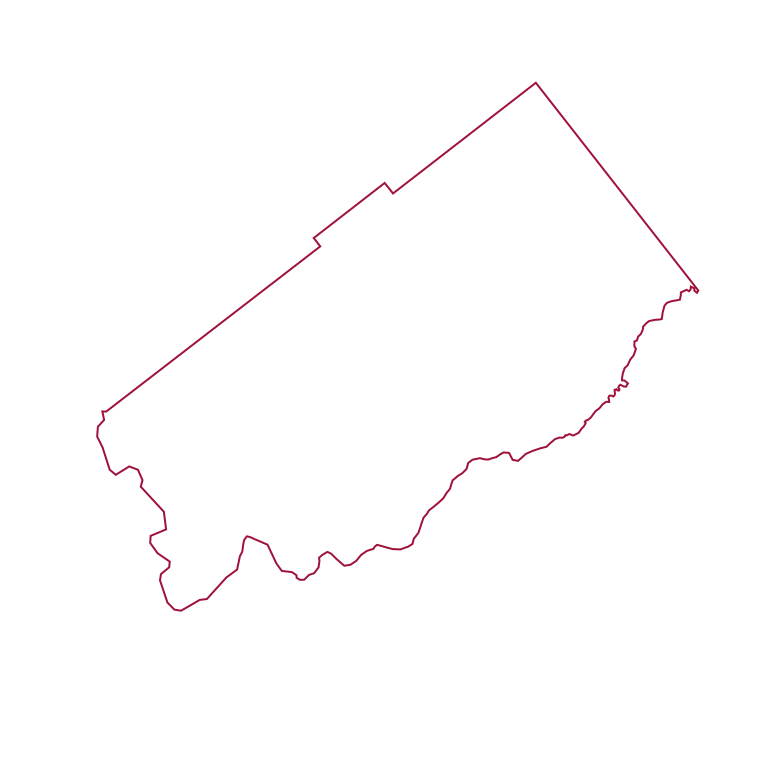 Ferry, Washington, United States of America, rotated 52°
{"feature_id": "52423323B81740617288229", "entity_name": "Ferry", "entity_type": "district", "adm_level": 2, "iso_a3": "USA", "parent_name": "United States of America", "parent_adm1": "Washington", "projection": "robinson", "projection_center": [-118.263, 48.416], "detail": "fine", "context": "isolated", "style": "outline", "palette": "rose", "viewbox_px": 768, "rotation_deg": 52, "n_neighbors": 0, "source": "geoboundaries", "source_scale": "gbopen_adm2", "svg_char_len": 2492}
<svg xmlns="http://www.w3.org/2000/svg" viewBox="0 0 768 768"><g transform="rotate(52 384 384)"><path d="M240.1,78.9L239.4,259.6L226.0,259.7L225.7,349.5L236.3,349.5L234.7,619.9L232.2,622.8L240.0,626.7L241.5,635.7L248.8,642.4L260.7,644.8L282.6,652.9L290.4,651.3L292.1,635.5L300.1,630.7L311.1,633.5L315.2,638.9L349.1,636.1L364.4,645.2L360.0,661.4L365.3,666.1L377.9,666.6L392.0,662.2L396.2,666.1L396.5,676.8L400.8,681.4L422.9,689.2L432.7,688.1L437.7,683.5L440.7,662.1L444.4,656.0L443.3,649.7L439.4,627.2L439.8,614.0L431.0,603.6L428.9,599.0L427.2,597.2L423.5,593.4L420.8,590.2L419.6,585.9L422.1,583.8L426.9,581.3L430.3,579.4L438.9,574.7L459.3,579.3L468.4,579.6L475.5,572.4L480.8,570.7L483.0,572.2L486.7,570.7L489.1,567.3L488.3,560.6L490.1,555.5L488.2,548.5L483.8,543.9L480.9,542.1L480.7,537.3L481.5,531.9L485.3,530.1L492.5,529.2L502.8,527.2L505.8,521.6L506.3,514.6L504.6,507.4L505.0,500.2L507.4,493.8L506.4,491.0L506.5,488.5L508.5,486.9L513.6,483.2L519.3,478.9L524.4,473.0L525.6,469.4L526.0,468.0L527.0,465.5L527.6,460.1L524.3,455.8L522.5,448.6L518.8,442.9L516.7,439.9L513.7,435.2L512.7,430.0L511.3,426.4L511.3,420.5L511.1,413.9L510.6,407.8L508.3,401.5L507.2,396.5L504.6,392.9L502.2,389.3L501.9,382.3L502.5,377.2L501.8,371.3L498.1,366.3L498.1,360.9L501.5,354.1L505.2,351.2L507.7,348.4L509.2,344.1L510.8,340.4L511.0,335.1L511.6,331.8L515.3,327.9L519.1,328.6L523.0,329.3L527.1,325.7L526.9,321.6L526.4,315.2L528.3,307.8L531.1,300.0L533.5,294.6L533.0,289.6L532.7,283.2L534.2,278.7L536.3,276.4L536.7,274.3L536.5,273.3L536.0,272.5L537.0,271.7L537.5,268.8L541.1,266.6L542.3,260.7L540.8,255.8L540.5,252.8L538.9,249.0L537.3,249.0L537.1,247.5L537.8,245.8L537.8,241.9L535.6,234.1L535.8,229.6L534.6,224.2L534.8,219.9L536.8,217.6L534.7,216.3L533.0,215.6L532.0,213.8L533.0,212.0L535.0,211.0L534.8,209.3L534.0,208.1L532.3,207.0L530.6,206.0L531.2,204.0L532.6,204.0L533.8,203.0L533.7,202.4L532.9,201.6L532.5,201.7L530.9,201.4L530.2,200.0L530.1,198.2L533.7,196.5L535.1,194.9L534.1,192.4L533.7,191.4L529.4,192.3L527.7,194.2L525.4,192.3L522.4,188.9L519.6,184.5L519.3,180.6L516.4,175.0L515.1,169.6L511.4,163.8L508.4,163.5L504.7,160.4L505.4,157.9L503.1,154.5L502.7,150.7L500.6,146.8L498.3,144.3L497.6,139.9L497.6,136.4L500.3,130.9L502.8,127.2L503.8,125.1L502.3,123.5L499.4,120.6L495.0,114.8L494.2,111.2L495.7,106.6L498.4,101.5L499.7,98.9L496.8,95.5L494.6,93.7L496.1,87.5L498.7,86.5L498.2,84.1L496.2,82.3L499.6,80.6L501.7,82.0L504.8,81.2L503.9,78.8L240.1,78.9Z" fill="none" stroke="#9f1239" stroke-width="2"/></g></svg>